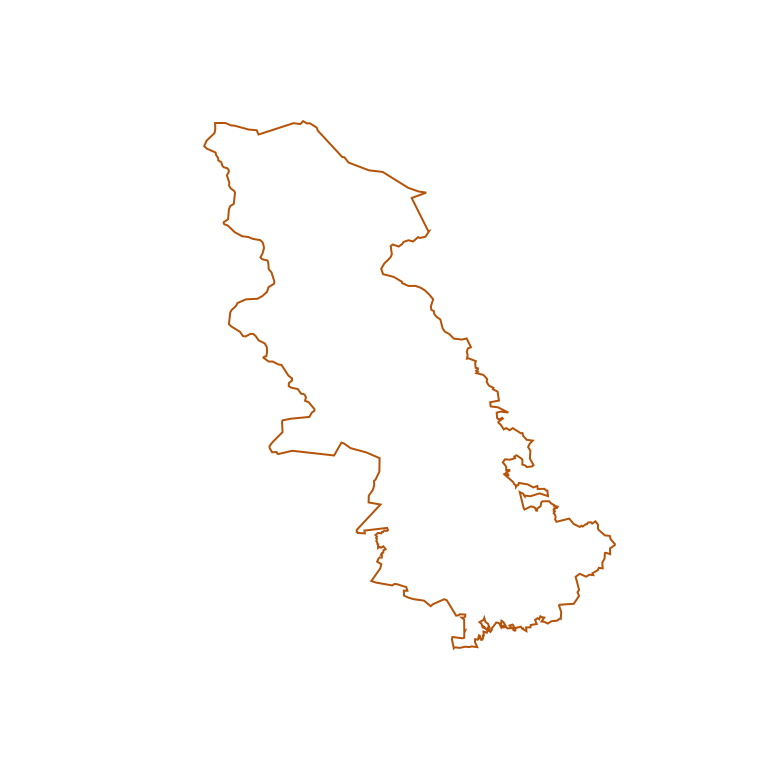 outline of Jalpan de Serra, Querétaro, Mexico, rotated 303°
{"feature_id": "50627088B24192997994058", "entity_name": "Jalpan de Serra", "entity_type": "district", "adm_level": 2, "iso_a3": "MEX", "parent_name": "Mexico", "parent_adm1": "Querétaro", "projection": "robinson", "projection_center": [-99.37, 21.384], "detail": "fine", "context": "isolated", "style": "outline", "palette": "amber", "viewbox_px": 768, "rotation_deg": 303, "n_neighbors": 0, "source": "geoboundaries", "source_scale": "gbopen_adm2", "svg_char_len": 6166}
<svg xmlns="http://www.w3.org/2000/svg" viewBox="0 0 768 768"><g transform="rotate(303 384 384)"><path d="M384.0,636.1L380.3,634.6L380.7,632.8L379.0,630.6L376.8,630.5L376.4,629.6L372.7,628.3L372.7,626.9L370.8,626.1L369.9,619.4L372.0,612.7L362.4,603.7L363.6,601.3L366.2,600.2L367.6,598.5L368.0,596.7L370.1,596.7L370.0,595.6L371.1,595.6L371.1,594.7L372.7,594.5L374.2,596.6L375.7,596.5L374.4,592.8L375.2,592.5L374.8,589.4L375.6,586.3L371.9,580.8L370.3,580.4L366.7,581.9L363.2,580.4L361.1,581.3L360.7,580.7L362.4,578.2L362.2,575.8L361.1,573.7L355.3,570.3L356.1,568.6L367.3,556.7L367.8,560.2L366.3,563.6L367.4,563.4L369.5,567.8L377.0,574.1L379.3,582.6L383.6,579.0L382.9,577.7L383.5,575.7L379.7,570.1L381.9,568.1L378.6,565.6L378.1,559.3L374.5,551.0L372.3,551.6L371.5,550.7L369.5,550.8L370.7,549.8L370.9,547.7L372.1,545.7L373.8,533.9L374.8,534.4L374.0,535.2L375.4,536.7L374.9,538.8L376.8,535.0L379.5,536.5L380.2,535.9L378.4,533.5L377.4,533.9L381.2,531.6L383.0,526.3L386.7,526.5L389.2,531.0L393.2,534.3L394.1,532.8L396.4,534.0L396.3,540.3L395.8,541.4L391.8,543.9L392.6,547.0L392.1,549.0L395.6,553.1L397.4,553.6L400.9,547.0L407.8,543.1L409.6,539.2L413.0,538.7L417.5,539.6L414.9,534.0L416.3,529.0L418.3,526.8L417.2,525.6L417.1,516.0L413.7,514.6L413.5,510.4L411.2,509.2L413.3,504.3L413.9,500.9L414.9,500.5L419.7,502.5L419.9,501.4L417.7,500.5L416.8,498.4L417.2,497.3L421.4,494.1L424.4,496.9L427.8,503.8L426.5,492.2L423.3,485.7L426.5,483.0L432.7,489.4L439.5,483.4L438.9,478.2L440.4,477.9L439.8,472.9L441.6,469.0L444.3,467.9L445.8,462.5L443.4,455.5L445.4,456.0L445.3,454.1L447.4,454.8L448.3,454.1L447.4,452.1L451.0,449.2L453.2,448.6L451.6,441.0L450.4,439.7L453.7,438.5L456.1,435.9L458.5,435.2L459.5,435.0L462.2,436.9L467.2,428.5L463.7,425.1L460.1,417.9L461.5,411.5L461.0,406.9L462.4,403.1L468.8,396.1L468.9,391.7L469.9,388.3L472.3,386.0L472.0,383.3L474.4,381.1L481.8,379.1L483.6,373.4L484.8,367.2L484.7,362.4L483.5,357.1L479.6,351.2L478.5,344.3L479.5,343.4L479.1,333.8L475.6,323.4L479.1,318.9L485.1,318.6L493.7,320.5L497.1,319.9L503.3,314.5L505.8,315.4L507.3,321.5L511.2,323.0L513.7,323.0L515.8,324.5L517.9,326.3L519.4,330.8L525.8,332.6L526.0,334.6L530.2,338.6L536.7,338.6L536.1,338.2L555.1,305.9L567.5,315.2L564.3,308.1L561.7,297.5L561.1,267.3L555.0,255.0L550.4,233.8L552.6,227.3L551.6,225.5L560.4,190.6L562.4,187.9L562.3,179.8L560.5,177.4L560.4,173.0L556.5,172.3L553.4,166.0L524.9,142.9L527.5,139.0L523.7,131.9L519.3,118.1L517.6,114.9L516.5,108.8L510.9,100.2L506.0,103.6L502.2,105.2L491.5,102.7L485.6,103.6L484.9,107.2L486.4,116.7L484.6,118.5L483.0,122.0L481.3,123.2L481.4,126.7L478.9,129.7L478.5,131.7L479.5,134.5L479.2,136.7L477.8,138.2L473.4,138.6L468.6,144.6L465.9,146.1L464.5,149.2L464.3,153.2L463.4,154.8L453.3,159.9L449.4,158.1L445.8,158.9L437.3,163.5L432.6,161.5L431.5,161.9L431.0,163.1L431.8,166.5L430.0,176.4L430.7,184.6L433.4,190.2L434.3,195.1L437.2,201.7L436.9,204.1L436.1,206.0L432.7,209.3L427.5,211.0L422.9,211.4L422.3,213.8L424.1,219.0L422.3,221.2L417.6,224.7L416.3,228.9L410.2,236.3L408.1,237.2L402.3,234.4L397.7,235.7L391.5,234.1L386.5,231.4L379.8,222.1L372.1,217.0L368.9,217.4L363.2,215.9L360.2,216.1L349.7,221.4L349.1,224.6L349.3,234.8L347.4,239.6L348.4,241.9L353.4,244.8L354.7,247.0L354.4,250.0L352.3,255.1L353.1,261.9L351.0,265.7L347.2,268.5L343.1,270.2L341.6,268.6L340.4,268.6L340.0,274.9L342.2,278.4L343.0,285.2L344.2,287.6L339.0,299.2L338.6,303.8L336.8,305.0L333.0,303.7L330.3,305.3L330.4,308.3L332.8,314.4L330.7,319.7L331.7,321.8L331.7,323.5L330.3,325.8L326.9,326.9L327.7,330.7L325.0,339.5L323.5,340.2L320.9,339.1L315.7,339.3L304.6,325.3L298.4,318.8L296.7,319.1L288.4,325.1L274.5,322.2L269.6,321.8L268.0,322.9L265.8,327.4L268.5,331.0L267.4,332.5L267.9,333.7L278.0,343.4L296.9,381.1L311.7,380.2L312.3,382.9L312.0,390.9L317.0,406.5L319.4,420.7L308.1,427.8L299.1,429.0L297.3,428.4L293.6,431.0L289.2,432.3L282.0,432.1L276.3,435.6L281.0,446.7L246.9,440.6L245.1,441.6L245.4,442.5L244.8,443.2L248.3,449.3L250.4,447.4L265.0,465.0L263.6,466.9L262.5,466.6L261.1,464.0L259.3,463.9L258.7,462.8L257.3,463.1L255.8,460.1L252.7,459.1L252.2,461.2L250.6,461.2L250.3,462.4L248.0,463.2L247.7,464.4L246.2,465.6L246.4,466.4L243.2,468.3L245.1,469.2L245.1,470.6L247.5,471.9L246.3,475.4L244.2,474.1L242.2,475.2L241.0,474.3L239.1,474.5L239.5,475.3L237.2,476.7L236.2,474.9L234.7,474.5L231.2,475.0L231.5,479.8L227.4,481.3L211.8,480.7L213.2,485.7L219.6,500.7L221.9,501.6L223.1,503.7L225.8,513.3L223.3,516.2L221.5,513.2L217.4,516.1L218.2,521.2L219.8,526.3L224.1,535.5L223.1,544.2L225.8,544.9L236.3,551.7L236.8,554.5L229.0,570.7L230.8,572.6L232.1,572.9L234.9,577.7L233.2,578.8L231.6,578.3L230.4,576.4L230.0,579.6L220.2,586.1L221.0,586.4L219.3,586.7L214.9,589.5L213.6,588.5L209.1,579.2L207.0,579.9L200.5,586.4L201.4,586.4L204.1,591.4L207.9,595.2L210.2,599.4L211.5,600.1L214.1,605.5L217.0,600.9L219.6,599.4L220.5,601.8L223.0,602.5L222.5,601.4L224.9,600.5L225.1,601.2L222.3,604.9L223.1,605.6L224.6,605.6L226.8,603.9L227.3,604.7L230.6,602.3L231.4,605.7L234.2,605.0L233.9,602.9L234.9,600.6L234.5,600.0L233.9,600.8L233.6,599.5L234.7,599.0L234.2,598.5L235.9,596.6L236.3,593.8L240.5,596.0L242.4,595.5L239.7,598.7L239.5,601.9L237.2,605.1L236.2,603.7L234.6,604.6L235.4,605.5L235.2,606.3L234.1,606.4L234.1,608.3L236.7,608.3L237.2,607.5L245.2,608.1L246.1,610.9L244.2,614.0L249.4,611.5L249.4,613.7L247.8,617.1L245.6,615.2L244.1,615.6L246.8,619.0L246.2,620.4L248.8,624.2L249.8,620.9L252.2,622.7L251.8,624.4L250.8,624.8L250.9,626.8L249.9,625.5L248.8,625.7L248.1,626.5L248.3,628.0L248.9,628.4L251.0,627.0L255.0,631.0L254.1,632.9L254.8,633.8L254.1,634.4L254.3,638.0L257.3,635.8L259.7,639.4L261.8,638.3L265.9,642.8L268.4,639.2L271.3,640.4L271.2,642.3L274.3,641.7L274.2,642.9L275.4,645.6L270.6,645.5L271.7,647.4L272.3,651.8L276.3,653.7L279.7,658.0L283.4,659.4L283.4,660.1L289.3,656.8L293.6,651.4L294.4,651.4L303.1,662.9L312.5,663.0L314.8,659.7L317.6,659.7L326.7,649.7L331.4,651.5L332.5,658.4L336.0,660.2L337.7,663.6L338.9,661.9L344.4,664.7L346.8,664.3L348.5,667.8L353.2,664.3L357.6,664.1L362.5,661.3L363.3,662.0L364.5,666.4L369.2,663.1L374.6,665.3L375.5,664.8L377.2,658.8L379.6,656.0L377.3,651.6L378.6,643.4L379.3,642.1L382.6,640.1L384.0,636.1Z" fill="none" stroke="#b45309" stroke-width="2"/></g></svg>